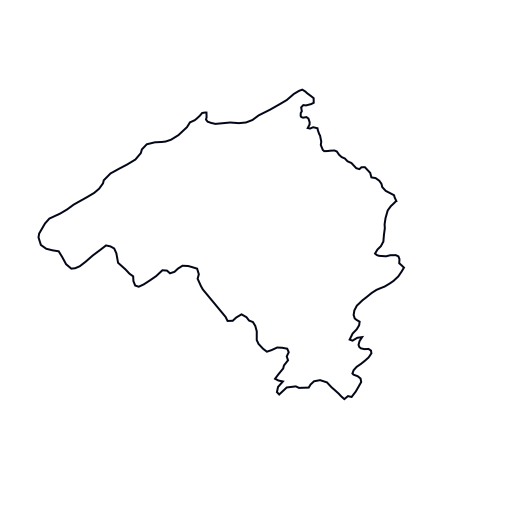 Dobrush, Gomel, Belarus (Robinson projection), rotated 137°
{"feature_id": "67162791B17030122378697", "entity_name": "Dobrush", "entity_type": "district", "adm_level": 2, "iso_a3": "BLR", "parent_name": "Belarus", "parent_adm1": "Gomel", "projection": "robinson", "projection_center": [31.465, 52.377], "detail": "fine", "context": "isolated", "style": "outline", "palette": "ink", "viewbox_px": 512, "rotation_deg": 137, "n_neighbors": 0, "source": "geoboundaries", "source_scale": "gbopen_adm2", "svg_char_len": 3299}
<svg xmlns="http://www.w3.org/2000/svg" viewBox="0 0 512 512"><g transform="rotate(137 256 256)"><path d="M115.9,200.5L114.6,204.4L113.6,206.3L114.8,209.8L116.7,215.1L116.7,220.2L115.0,223.3L114.5,227.0L115.4,231.4L118.0,234.8L115.8,238.9L115.8,243.3L115.8,246.7L118.4,249.0L121.1,249.0L122.8,251.8L122.8,254.8L122.8,258.9L124.5,262.9L124.5,266.7L125.9,269.9L126.2,273.4L125.6,277.3L126.7,279.7L129.8,282.3L132.3,284.1L134.6,286.2L134.8,288.0L132.9,293.0L130.3,295.1L127.0,300.4L126.7,301.9L125.0,305.8L123.9,307.5L126.4,311.2L129.5,312.3L130.9,314.3L127.2,315.6L125.5,317.3L123.9,320.8L124.4,323.2L127.2,325.0L128.1,326.7L127.8,328.0L125.8,330.0L123.8,330.6L121.6,333.9L118.5,334.1L116.8,332.1L112.1,329.5L109.3,328.7L106.2,332.1L106.7,335.4L107.6,340.2L107.8,342.8L108.7,346.1L111.8,347.4L117.7,348.7L127.2,349.1L135.3,350.9L146.2,353.5L158.0,357.0L165.9,357.9L172.3,360.5L177.9,364.8L183.8,371.2L190.8,376.6L195.6,380.3L198.1,384.0L199.8,387.3L199.5,389.9L197.5,391.2L194.4,394.7L195.3,395.6L197.8,397.3L201.5,396.9L205.4,396.9L208.2,397.1L213.3,398.8L213.4,398.7L218.6,397.3L223.8,397.3L230.3,397.3L238.9,399.0L244.1,401.4L247.2,403.7L252.4,408.1L259.7,412.2L266.7,411.8L270.1,409.8L278.4,408.8L287.9,410.8L296.6,413.2L306.1,415.6L315.7,415.2L318.3,413.5L324.8,412.2L331.3,412.5L339.1,414.2L346.0,415.9L354.2,417.9L362.5,418.9L370.3,420.6L381.6,424.3L388.1,423.7L399.3,420.3L402.4,417.9L405.8,410.8L404.5,404.4L401.0,399.0L397.1,394.0L398.4,387.6L400.5,379.5L399.7,372.7L396.6,370.4L391.9,368.7L384.5,368.0L375.0,367.7L365.9,366.7L358.5,366.0L355.9,362.3L354.6,358.2L356.3,353.2L361.5,345.1L361.1,340.7L360.6,335.0L360.6,329.3L359.7,324.9L362.8,321.2L364.5,316.8L362.7,313.5L357.5,311.8L350.2,310.5L342.8,309.4L338.1,309.4L334.2,309.4L331.1,306.1L330.7,302.0L326.4,300.0L321.6,300.0L316.4,299.0L312.5,295.0L310.8,292.3L307.7,286.9L310.3,281.6L314.2,279.2L316.8,271.5L317.7,267.8L319.8,232.2L321.1,227.9L317.2,224.5L312.4,224.5L306.4,223.2L304.7,217.8L305.1,213.5L303.3,209.8L304.2,205.4L306.8,200.4L312.8,194.0L314.1,190.0L314.1,183.3L313.3,178.6L308.9,176.6L302.9,174.6L299.4,171.0L296.4,166.9L297.7,163.3L302.0,161.6L303.7,157.9L310.2,156.9L312.8,155.2L320.2,154.2L325.8,153.2L324.5,149.6L321.9,145.9L329.2,145.2L333.5,142.2L333.5,138.9L329.2,138.9L323.2,138.9L315.8,133.5L314.5,130.2L310.6,126.8L307.2,123.8L303.7,124.8L299.0,124.8L293.8,121.5L290.3,115.2L290.3,108.5L289.9,104.8L289.4,99.1L289.4,95.1L289.0,91.1L284.3,90.8L282.2,87.7L279.9,88.1L275.6,88.8L269.7,90.6L265.0,92.1L263.1,95.1L263.6,98.7L265.6,102.7L265.6,104.3L262.5,105.9L258.1,106.3L252.7,105.5L247.3,105.1L242.9,105.0L238.0,106.1L236.4,108.4L237.1,111.3L240.2,113.9L242.3,117.0L242.5,119.1L241.6,121.1L238.2,123.2L233.7,124.3L237.7,127.1L243.2,128.3L244.5,131.0L238.2,133.4L232.3,133.7L227.8,135.0L225.0,137.3L226.0,140.5L226.4,143.0L224.8,146.3L221.2,149.1L216.2,150.9L208.3,151.0L202.8,150.5L196.7,150.1L191.1,149.1L187.0,147.6L182.7,145.9L177.0,144.7L172.4,144.0L165.9,144.0L160.2,145.3L155.7,146.6L155.9,150.1L156.2,153.0L153.2,155.9L152.1,158.6L153.2,161.3L157.3,165.0L161.1,167.1L165.9,172.2L167.0,174.3L167.3,176.6L162.7,177.9L158.0,178.0L153.0,179.7L147.8,184.4L142.9,188.4L140.3,191.5L135.4,195.4L128.6,199.5L123.4,200.5L120.0,200.5L116.1,200.6L115.9,200.5Z" fill="none" stroke="#020617" stroke-width="2"/></g></svg>